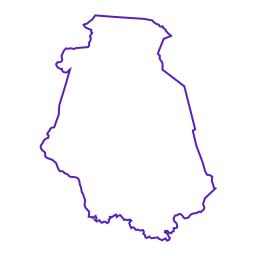 Presidente Jânio Quadros, Bahia, Brazil (orthographic projection)
{"feature_id": "56859067B35100201020148", "entity_name": "Presidente Jânio Quadros", "entity_type": "district", "adm_level": 2, "iso_a3": "BRA", "parent_name": "Brazil", "parent_adm1": "Bahia", "projection": "orthographic", "projection_center": [-41.74, -14.693], "detail": "fine", "context": "isolated", "style": "outline", "palette": "violet", "viewbox_px": 256, "rotation_deg": 0, "n_neighbors": 0, "source": "geoboundaries", "source_scale": "gbopen_adm2", "svg_char_len": 3138}
<svg xmlns="http://www.w3.org/2000/svg" viewBox="0 0 256 256"><path d="M144.0,18.9L114.4,16.9L95.2,15.4L93.8,17.4L92.5,19.2L90.7,20.7L88.8,22.0L87.6,23.2L86.4,23.9L84.9,24.1L83.6,24.9L85.0,27.0L86.8,28.1L88.4,28.8L91.3,29.9L91.1,31.8L92.2,32.9L90.9,34.7L89.9,36.5L90.8,38.0L90.5,40.2L89.8,41.7L88.9,42.9L89.2,45.3L88.1,47.1L75.9,48.1L74.0,49.0L71.8,48.5L70.1,48.3L68.4,48.8L66.1,48.4L64.6,49.8L63.3,51.8L62.6,53.7L61.4,55.9L62.1,58.3L62.2,60.4L61.0,61.8L59.5,62.2L57.6,62.2L56.2,64.0L56.5,65.7L57.7,67.3L60.2,68.8L62.0,68.9L62.3,70.9L63.7,72.2L66.1,72.5L67.7,72.0L68.5,70.7L70.0,69.5L65.9,83.8L59.3,105.3L58.8,114.4L54.2,127.3L51.9,127.6L50.4,128.6L49.6,130.5L48.3,132.0L47.2,134.1L48.7,135.9L48.3,137.7L46.6,138.4L44.8,139.5L43.5,141.0L42.9,142.5L42.1,143.8L41.2,145.0L40.6,146.4L40.9,148.1L42.0,149.9L43.7,151.3L45.2,152.7L45.0,154.9L45.6,157.0L47.3,157.9L49.4,158.8L52.0,159.7L54.2,161.4L55.6,162.4L56.9,164.9L57.3,166.5L58.0,168.0L58.7,169.6L59.8,171.1L62.2,171.2L63.6,171.8L64.3,173.1L65.9,173.7L67.7,174.4L68.6,175.6L70.0,176.7L72.1,177.0L74.4,177.1L75.8,177.4L77.7,178.0L79.1,180.2L79.5,182.4L79.9,184.8L80.9,187.1L81.2,188.8L81.5,190.2L81.7,192.0L82.9,193.7L83.5,195.5L84.1,197.6L84.8,199.1L85.1,200.6L84.8,202.7L84.6,204.2L84.7,205.9L85.7,208.0L87.6,210.0L89.1,211.6L89.1,214.1L88.7,216.7L91.7,217.1L93.2,218.2L94.0,216.9L95.6,216.0L96.6,218.4L95.0,220.0L96.8,221.5L98.1,220.7L99.5,220.2L100.3,221.7L102.0,222.8L104.0,221.6L105.7,221.9L107.0,223.1L108.8,222.1L108.8,219.5L110.3,218.4L109.9,216.9L112.1,217.0L114.3,215.5L116.1,214.6L116.7,217.0L118.5,215.6L120.3,215.1L121.7,216.9L123.3,218.6L124.1,220.0L125.7,219.6L128.2,220.2L129.9,219.5L131.3,220.6L129.9,222.0L129.2,223.4L130.1,225.4L131.1,228.0L133.2,227.3L134.6,228.3L136.0,230.0L137.5,229.6L140.2,230.5L143.1,230.1L143.9,232.1L143.3,233.9L144.9,234.9L145.4,237.3L147.0,238.0L149.2,236.5L150.4,237.6L151.7,238.3L153.5,237.9L155.8,237.7L157.7,237.4L158.8,238.8L160.8,239.6L162.1,240.3L163.6,239.4L165.6,238.4L166.9,240.6L168.9,239.9L169.9,238.1L168.7,236.7L168.2,235.0L167.3,233.8L166.2,232.8L164.9,232.3L165.3,230.9L167.4,230.9L169.1,232.8L171.3,233.2L172.2,231.7L173.7,231.2L173.7,228.1L175.5,228.1L177.0,227.5L177.0,225.6L176.5,223.3L175.2,222.1L173.9,220.7L173.6,218.7L174.2,217.3L175.0,215.6L177.3,215.2L178.5,214.2L180.2,214.0L182.1,215.3L183.2,217.0L184.4,218.3L186.5,218.2L188.6,217.4L189.9,215.4L191.6,214.1L193.7,213.4L196.2,213.2L197.7,212.4L199.1,211.7L201.1,212.0L202.2,210.7L203.8,209.5L204.3,207.6L203.8,205.8L203.0,204.0L203.7,202.0L204.4,200.0L204.7,198.5L215.4,188.4L213.9,187.7L213.4,186.0L213.1,184.3L212.2,182.1L211.8,180.1L212.1,178.6L212.1,176.6L210.5,175.4L208.8,175.0L207.0,174.7L205.1,171.2L204.6,169.4L203.3,164.6L202.6,162.2L196.4,145.9L192.8,130.7L195.2,129.3L185.5,91.0L184.3,86.3L162.4,69.6L162.5,68.0L162.6,66.2L162.6,64.1L162.1,62.1L161.1,61.0L160.2,59.6L159.5,57.5L160.0,56.0L157.8,53.7L159.3,49.8L163.7,38.8L171.1,35.9L170.0,34.7L168.6,33.9L167.6,32.7L166.1,31.1L165.1,29.2L163.2,27.9L162.7,26.4L161.0,26.7L159.6,26.2L158.7,24.6L156.7,24.1L155.3,23.2L153.7,22.1L152.3,20.4L144.0,18.9Z" fill="none" stroke="#5b21b6" stroke-width="2"/></svg>